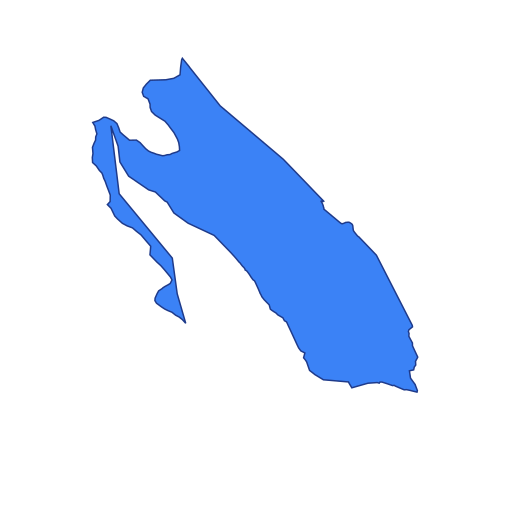 San Lorenzo Cuaunecuiltitla, Puebla, Mexico, rotated 311°
{"feature_id": "50627088B78498506424092", "entity_name": "San Lorenzo Cuaunecuiltitla", "entity_type": "district", "adm_level": 2, "iso_a3": "MEX", "parent_name": "Mexico", "parent_adm1": "Puebla", "projection": "equal_earth", "projection_center": [-96.92, 18.216], "detail": "fine", "context": "isolated", "style": "filled", "palette": "blue", "viewbox_px": 512, "rotation_deg": 311, "n_neighbors": 0, "source": "geoboundaries", "source_scale": "gbopen_adm2", "svg_char_len": 3666}
<svg xmlns="http://www.w3.org/2000/svg" viewBox="0 0 512 512"><g transform="rotate(311 256 256)"><path d="M258.9,466.8L259.1,466.7L260.3,466.1L263.0,461.1L263.4,460.5L265.2,452.7L265.4,452.5L270.0,447.1L273.5,449.7L276.0,448.3L278.5,448.1L279.5,447.1L280.7,446.0L281.1,445.5L285.1,444.6L285.8,444.4L289.3,436.5L290.9,433.0L293.0,431.1L294.0,428.4L294.8,426.3L295.7,424.0L298.0,422.3L298.9,420.6L300.6,419.8L305.2,420.6L306.2,419.4L335.6,346.3L337.0,331.0L337.9,321.0L337.8,320.6L337.7,319.5L338.5,315.1L338.9,313.3L339.4,312.4L340.1,311.6L342.3,309.2L342.7,308.5L343.0,307.8L343.0,306.8L342.8,305.2L342.6,304.3L342.1,303.5L340.3,301.8L340.1,301.6L339.3,301.3L337.9,300.6L337.3,300.2L337.0,300.0L336.6,299.4L336.4,298.7L336.3,297.4L335.9,276.7L336.0,276.7L336.2,276.4L336.5,275.8L336.9,275.5L337.2,274.8L337.8,274.1L338.5,272.9L339.1,271.7L339.3,271.2L339.5,270.8L339.9,269.3L340.1,269.2L340.3,269.3L340.5,269.5L340.8,270.1L340.9,270.3L340.9,270.6L341.0,270.8L341.5,270.8L341.8,271.0L342.7,260.6L343.3,254.0L344.0,246.4L346.9,213.1L346.8,205.0L345.8,130.4L346.3,127.9L354.8,82.1L355.0,81.5L356.9,70.7L355.4,71.1L349.0,75.3L342.9,79.8L336.2,77.4L329.8,72.3L325.1,67.2L319.3,60.9L313.8,60.5L308.9,60.7L304.9,62.7L302.8,66.5L303.8,71.4L301.1,76.4L298.6,78.7L296.5,82.4L296.2,87.4L297.3,94.5L298.0,98.8L297.3,103.9L296.6,106.8L295.3,113.1L292.7,120.0L290.8,123.4L288.2,126.5L285.5,129.1L282.7,128.1L278.4,125.4L276.1,124.5L274.1,122.5L271.6,120.9L270.3,119.6L268.6,116.2L267.5,114.1L266.6,111.5L265.4,108.7L264.7,105.9L264.6,102.3L265.0,98.4L265.5,94.1L265.0,89.7L260.4,84.6L260.4,81.8L260.3,76.5L260.4,72.1L262.6,68.4L264.7,64.2L264.7,59.9L263.5,55.7L262.3,51.9L260.8,50.0L255.3,48.5L249.7,45.2L249.1,47.0L248.4,49.2L246.2,52.0L243.8,55.8L240.7,56.9L238.2,58.9L234.9,59.8L230.7,61.3L226.3,65.8L223.0,67.8L219.3,71.4L219.2,76.4L217.8,81.7L217.5,85.3L216.5,87.3L214.8,90.0L213.3,93.4L211.0,97.4L209.1,101.0L206.4,106.0L201.4,110.2L197.3,110.1L196.9,115.3L193.5,123.2L193.1,127.4L193.0,133.7L194.2,139.0L196.2,144.3L196.2,149.5L196.5,155.3L195.2,163.8L194.3,170.1L192.3,171.6L187.3,175.2L186.4,185.2L186.3,190.5L185.5,196.3L184.0,205.3L182.8,208.3L179.0,209.3L176.5,208.5L173.6,207.4L171.0,206.6L170.1,206.6L165.8,205.4L162.6,206.1L158.0,207.5L156.0,209.0L155.1,211.9L155.6,218.2L156.1,221.9L157.0,225.3L158.4,229.4L158.6,234.2L159.5,237.9L159.7,242.3L159.1,247.1L175.8,221.3L199.5,194.2L213.2,111.9L259.1,61.0L248.4,79.9L237.7,91.6L232.7,107.5L235.5,131.6L238.3,138.1L237.7,150.9L238.4,153.6L234.6,165.8L236.2,183.2L244.1,210.9L243.8,214.5L242.5,229.7L242.0,235.3L241.6,238.5L241.5,239.5L241.0,243.1L240.9,243.6L240.3,247.1L240.3,248.6L240.1,249.3L239.5,252.3L239.4,253.6L239.4,254.3L239.0,256.0L238.3,257.1L238.6,257.9L238.6,259.1L238.5,259.8L238.0,262.1L237.4,264.3L237.2,264.9L236.9,265.8L236.1,269.3L236.3,271.1L235.7,272.7L233.7,277.1L232.7,279.3L232.0,280.7L231.8,281.1L231.7,281.3L231.3,282.2L230.6,283.4L230.1,284.9L229.4,286.5L229.1,287.1L228.3,291.2L228.3,291.8L228.1,294.0L227.8,298.0L225.3,301.7L225.4,303.6L225.7,306.1L226.1,308.3L225.9,310.9L225.9,311.2L227.0,316.8L226.5,318.1L225.8,319.9L226.3,322.2L226.0,323.0L224.4,326.5L221.8,332.4L219.4,337.7L216.1,345.0L214.6,348.5L213.8,352.1L214.9,356.5L212.8,357.5L210.4,358.7L210.0,361.2L209.3,363.7L206.0,369.4L204.8,371.5L205.1,377.2L205.1,378.1L205.6,380.9L206.8,388.1L209.9,392.3L216.8,401.8L221.6,408.4L221.0,409.9L219.4,414.8L231.4,422.6L233.5,424.0L240.0,430.5L240.9,432.4L241.6,432.3L242.2,432.3L243.5,433.8L245.8,439.1L247.8,444.1L249.0,445.1L249.3,446.7L249.7,447.9L251.3,452.9L252.2,455.6L253.9,457.3L255.8,460.7L255.9,461.0L258.9,466.8Z" fill="#3b82f6" stroke="#1e3a8a" stroke-width="1.5"/></g></svg>